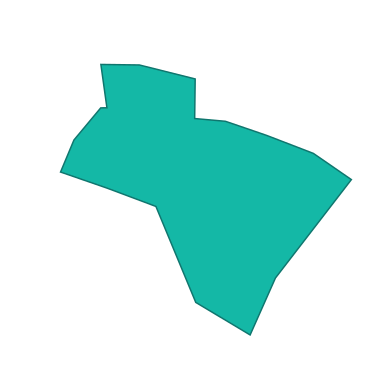 the district of Almalik city, Tashkent, Uzbekistan, rotated 26°
{"feature_id": "79887680B75027378773615", "entity_name": "Almalik city", "entity_type": "district", "adm_level": 2, "iso_a3": "UZB", "parent_name": "Uzbekistan", "parent_adm1": "Tashkent", "projection": "equal_earth", "projection_center": [69.57, 40.824], "detail": "fine", "context": "isolated", "style": "filled", "palette": "teal", "viewbox_px": 384, "rotation_deg": 26, "n_neighbors": 0, "source": "geoboundaries", "source_scale": "gbopen_adm2", "svg_char_len": 378}
<svg xmlns="http://www.w3.org/2000/svg" viewBox="0 0 384 384"><g transform="rotate(26 192 192)"><path d="M145.3,89.0L89.0,100.9L54.2,117.3L78.6,153.6L73.1,156.4L63.1,197.0L65.1,231.7L113.6,225.8L165.9,220.8L243.8,289.6L306.9,295.0L304.7,232.7L329.8,111.0L284.2,104.1L234.4,108.4L191.0,113.8L162.2,124.8L145.3,89.0Z" fill="#14b8a6" stroke="#0f766e" stroke-width="1.5"/></g></svg>